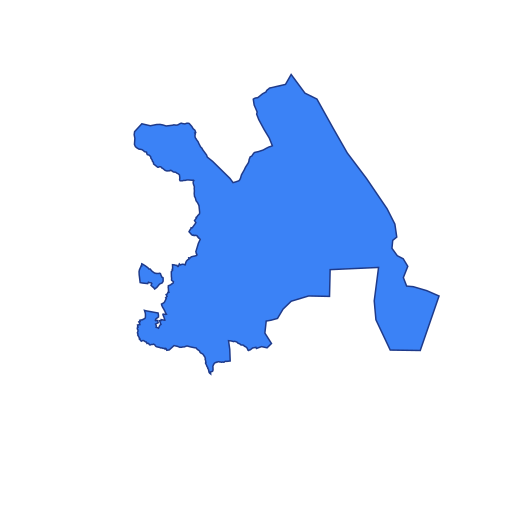 Egbeda, Oyo, Nigeria (Equal Earth projection), rotated 323°
{"feature_id": "59680162B66692684641238", "entity_name": "Egbeda", "entity_type": "district", "adm_level": 2, "iso_a3": "NGA", "parent_name": "Nigeria", "parent_adm1": "Oyo", "projection": "equal_earth", "projection_center": [3.978, 7.391], "detail": "fine", "context": "isolated", "style": "filled", "palette": "blue", "viewbox_px": 512, "rotation_deg": 323, "n_neighbors": 0, "source": "geoboundaries", "source_scale": "gbopen_adm2", "svg_char_len": 6136}
<svg xmlns="http://www.w3.org/2000/svg" viewBox="0 0 512 512"><g transform="rotate(323 256 256)"><path d="M390.9,260.5L390.9,228.6L394.5,200.4L399.1,167.3L393.1,155.4L393.3,132.2L382.8,136.7L367.8,130.0L366.4,130.2L365.1,130.1L363.8,130.4L362.7,131.0L358.8,130.4L352.7,130.6L350.9,129.6L349.6,129.2L348.2,129.1L345.4,134.3L343.6,141.7L341.9,143.1L340.3,148.7L338.6,159.9L337.6,169.7L335.4,177.8L333.4,177.3L332.3,176.8L329.3,176.2L325.6,175.7L320.8,174.1L317.3,172.5L316.1,172.5L312.6,173.7L311.1,173.3L308.6,174.8L307.3,176.1L305.9,177.0L301.0,178.8L298.4,180.2L293.3,182.4L290.5,184.5L288.8,185.4L287.5,185.6L284.4,184.6L281.8,183.6L281.9,178.4L278.3,154.3L276.6,147.7L277.3,145.6L277.4,138.9L277.7,137.3L277.4,135.5L278.1,131.4L278.5,130.0L278.5,127.3L278.7,126.4L278.6,125.7L278.9,124.4L279.6,123.3L280.4,122.4L281.1,122.0L281.1,120.9L282.2,121.1L282.9,118.8L282.4,116.5L282.7,113.9L282.4,110.0L281.7,109.1L280.6,108.3L278.7,107.7L277.2,106.2L276.2,104.9L275.2,104.6L272.3,104.2L270.7,103.3L270.3,102.7L269.1,101.7L268.0,101.3L262.5,98.1L260.5,95.3L258.6,93.2L255.8,91.2L250.0,88.4L244.4,81.7L233.9,83.6L231.7,85.8L230.1,89.1L226.1,93.7L225.5,96.1L226.0,98.2L226.9,100.3L227.7,101.0L229.0,102.5L229.6,104.5L229.7,105.5L231.1,107.2L230.4,108.6L230.2,109.6L231.4,111.2L231.6,112.9L231.6,113.4L230.9,114.7L230.9,116.5L230.3,118.1L230.4,119.5L229.6,120.9L230.9,125.9L231.3,126.3L232.8,126.7L233.5,127.3L233.8,128.2L233.8,129.3L234.2,129.7L234.9,132.8L235.7,134.1L236.4,134.7L238.5,136.1L238.7,135.9L239.5,136.2L239.8,136.7L240.5,138.9L240.9,139.5L242.3,140.8L242.6,142.1L243.4,143.6L243.7,145.1L242.1,147.9L241.2,148.7L240.8,149.4L240.7,150.3L242.4,151.6L244.0,152.2L244.7,152.9L246.6,153.7L247.7,154.5L250.5,157.0L251.7,157.9L251.8,158.2L250.3,159.1L249.4,160.6L248.4,163.7L247.4,164.7L246.0,166.9L244.2,169.0L242.7,171.5L242.6,172.9L241.4,175.8L241.4,178.3L240.8,181.4L237.3,187.2L236.3,188.3L233.6,188.7L232.8,189.1L231.4,189.1L231.4,189.8L228.2,190.7L228.1,193.1L227.3,193.5L222.1,195.1L221.7,194.9L221.2,194.4L220.9,194.8L218.6,195.6L217.1,196.3L217.4,200.1L217.6,200.9L217.9,201.3L218.6,201.6L218.8,202.5L219.8,202.7L220.4,203.6L220.7,203.7L221.1,204.2L220.9,205.7L221.2,206.1L221.0,206.7L221.0,207.2L221.4,207.6L221.4,209.2L217.6,211.2L210.5,216.4L210.0,218.2L209.8,218.2L209.6,219.5L209.3,219.4L208.9,219.7L208.2,219.7L207.6,219.3L206.7,219.1L206.4,218.8L203.8,217.7L202.2,217.9L201.2,217.0L200.7,218.1L199.4,217.9L197.4,218.2L195.9,219.0L194.2,220.5L193.8,220.2L193.5,219.4L192.2,218.2L190.2,217.6L190.0,216.2L187.7,217.6L187.1,217.2L187.2,215.8L186.6,215.5L185.4,213.9L184.1,212.7L181.9,215.8L181.0,216.2L181.0,217.0L178.9,217.6L176.0,221.6L175.3,222.9L174.5,223.8L174.0,224.6L174.6,226.8L174.1,227.2L173.8,227.7L172.0,227.7L171.7,227.5L170.6,227.7L168.1,227.0L167.6,227.7L167.2,227.9L166.4,229.3L164.9,231.5L164.6,232.5L163.8,232.0L162.5,232.9L161.0,232.7L160.7,234.7L158.7,235.0L158.8,235.9L155.2,237.7L154.1,237.9L151.6,237.5L151.1,238.5L150.6,240.6L150.3,243.7L150.0,244.6L150.1,245.1L149.7,246.2L149.4,248.6L148.5,248.1L147.0,246.6L146.6,246.5L146.3,247.0L145.7,249.4L144.6,252.4L144.2,252.2L142.0,249.7L141.4,250.4L140.1,249.6L138.9,253.5L138.1,253.4L137.5,253.5L134.7,255.0L134.5,254.5L133.3,252.8L134.3,252.0L134.8,249.9L137.7,250.4L138.6,248.3L138.1,247.9L137.0,247.4L136.9,246.8L137.8,246.2L138.3,246.0L141.4,246.0L142.5,244.6L143.5,242.6L135.2,233.6L134.2,232.3L133.3,234.8L132.5,236.2L130.7,238.5L129.7,239.0L128.9,238.7L128.1,239.0L127.4,238.5L126.4,238.5L126.0,238.0L124.5,237.4L124.0,238.7L122.8,238.1L122.4,240.0L122.0,240.9L119.9,239.8L119.0,241.7L118.7,241.4L117.5,242.5L117.2,243.4L117.3,243.8L116.6,245.0L115.0,246.0L114.8,247.3L114.0,247.9L113.4,252.3L112.9,252.2L113.0,253.1L113.1,255.0L114.6,255.3L115.4,256.0L116.1,258.1L116.6,258.5L116.3,260.3L117.2,260.6L117.4,261.1L117.6,261.7L117.5,262.6L117.8,263.3L119.2,263.7L120.4,264.6L120.9,264.6L121.3,264.9L121.7,266.1L121.6,267.6L121.9,268.5L123.0,269.9L123.9,270.9L124.6,272.1L125.5,272.7L126.2,273.9L126.9,274.3L127.3,275.0L127.3,275.6L127.8,275.6L128.1,275.3L128.3,275.5L128.4,275.8L128.0,277.6L130.2,278.8L136.6,278.2L139.0,281.0L140.3,283.2L141.1,283.6L141.6,284.1L142.9,284.6L143.9,285.4L146.3,286.1L147.0,286.6L149.0,289.2L151.9,292.5L152.8,293.2L152.8,294.4L153.1,295.9L153.6,297.1L153.7,298.1L153.4,299.0L153.5,300.1L154.5,302.2L154.5,304.5L154.3,305.0L154.4,305.8L153.9,307.3L153.7,307.6L153.3,307.7L153.0,308.7L152.1,310.5L152.0,310.8L151.6,310.8L151.2,311.2L151.1,311.8L150.7,313.8L150.3,314.8L150.4,315.9L149.9,316.6L149.8,317.9L148.5,320.7L148.5,321.7L148.8,322.9L149.9,321.2L151.7,321.9L152.5,321.7L152.9,321.2L153.4,320.8L153.7,320.2L154.2,319.7L155.0,318.3L156.5,317.3L157.0,317.2L157.6,316.8L158.2,316.6L159.6,316.7L159.8,317.0L160.7,317.0L161.1,317.4L162.1,317.6L162.9,318.2L163.1,318.7L163.5,318.9L164.6,320.2L165.6,320.6L166.3,321.4L166.6,321.6L167.4,321.5L168.2,321.7L169.4,322.7L172.2,324.3L178.9,314.7L183.1,307.1L184.8,308.6L186.7,311.0L187.2,311.0L187.7,311.4L188.7,312.8L189.1,313.8L189.1,314.8L190.2,316.4L190.3,317.6L190.7,318.2L191.8,319.1L192.4,319.9L192.4,321.2L193.1,322.0L193.5,324.4L192.9,326.2L193.3,327.1L193.9,327.0L195.0,327.5L197.9,327.4L201.0,328.9L200.7,330.1L205.9,331.7L209.6,336.0L215.7,335.2L216.7,322.9L225.0,314.1L229.3,316.3L235.6,318.8L245.6,314.7L256.9,313.3L274.0,319.6L290.4,332.5L307.0,311.5L347.0,338.9L323.4,363.0L313.4,379.1L306.6,411.9L330.3,430.3L378.1,398.1L371.5,386.4L363.1,375.1L358.2,370.7L360.7,361.9L371.0,355.6L371.9,346.8L369.0,340.8L369.2,331.7L374.6,325.8L379.8,325.6L386.1,314.1L389.1,297.2L390.9,260.5ZM151.4,200.7L147.5,207.5L149.0,209.2L152.9,212.9L154.3,212.2L154.8,213.1L156.2,214.4L156.2,215.3L154.5,216.2L154.9,218.8L155.2,219.1L155.2,221.4L157.9,221.4L162.0,220.4L165.0,221.0L166.7,220.2L168.4,217.9L168.7,217.3L168.2,216.6L168.1,216.1L168.4,215.4L168.4,214.7L169.1,212.5L168.6,211.7L168.1,211.6L165.9,210.0L165.8,209.7L165.1,209.2L165.0,208.7L164.7,208.5L163.8,205.6L163.6,202.6L162.7,202.1L162.6,200.3L161.7,197.3L160.5,194.2L160.1,193.5L158.8,195.0L158.6,194.6L157.5,195.3L154.7,196.8L153.2,198.1L151.4,200.7Z" fill="#3b82f6" stroke="#1e3a8a" stroke-width="1.5"/></g></svg>